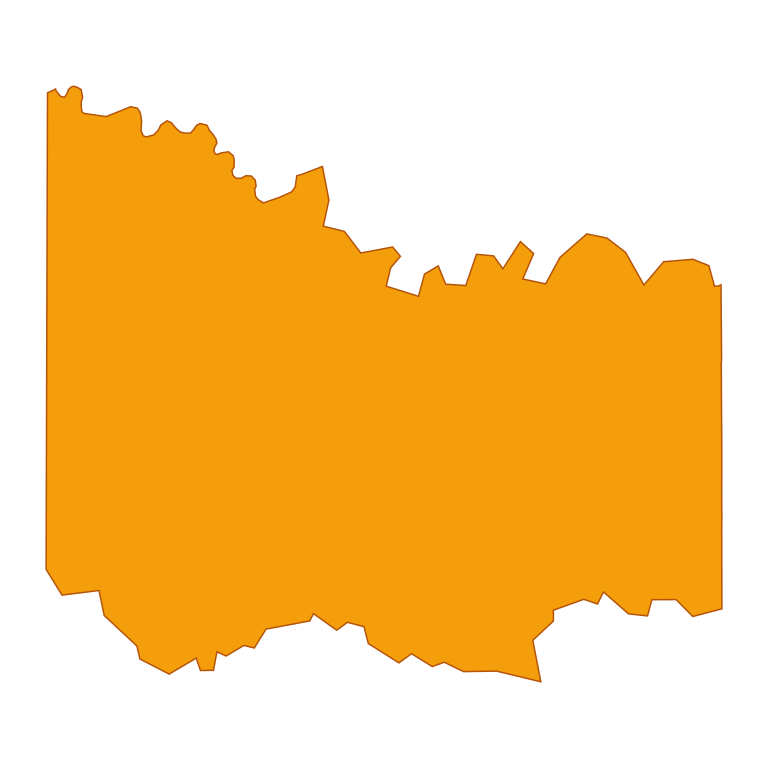 Bowie, Texas, United States of America
{"feature_id": "52423323B35633344294937", "entity_name": "Bowie", "entity_type": "district", "adm_level": 2, "iso_a3": "USA", "parent_name": "United States of America", "parent_adm1": "Texas", "projection": "equal_earth", "projection_center": [-94.429, 33.475], "detail": "fine", "context": "isolated", "style": "filled", "palette": "amber", "viewbox_px": 768, "rotation_deg": 0, "n_neighbors": 0, "source": "geoboundaries", "source_scale": "gbopen_adm2", "svg_char_len": 1985}
<svg xmlns="http://www.w3.org/2000/svg" viewBox="0 0 768 768"><path d="M136.9,646.0L139.9,659.0L169.2,674.1L196.2,658.1L200.5,670.5L213.5,670.3L216.9,651.8L226.1,656.0L243.9,645.4L254.3,648.0L266.0,629.1L309.8,620.9L313.4,613.6L336.7,630.2L347.5,622.3L364.0,626.7L368.3,643.5L398.9,662.9L411.5,653.7L432.3,666.6L444.1,662.2L463.6,671.6L496.5,671.1L540.8,681.8L532.8,640.3L553.4,621.0L553.4,610.2L583.7,599.3L597.5,604.0L603.5,592.0L628.6,613.9L647.5,615.9L651.9,599.7L676.1,599.6L692.8,616.5L721.9,608.8L721.8,567.4L721.8,545.9L721.8,539.9L721.7,531.4L721.9,515.5L721.7,507.2L721.7,496.8L721.8,453.0L721.7,439.2L721.7,433.1L721.4,389.1L721.3,362.8L721.3,362.4L721.6,360.2L721.1,297.4L721.0,285.8L721.0,284.8L718.5,286.0L714.5,286.3L708.9,265.7L693.0,259.3L663.7,261.7L643.9,285.0L625.5,252.3L607.0,238.1L586.8,233.9L560.0,257.4L545.6,283.9L522.8,279.0L533.6,253.6L520.4,241.6L502.9,268.8L493.6,255.9L476.5,254.3L465.8,285.5L445.7,284.2L438.2,265.9L424.5,274.1L418.5,296.3L386.2,286.2L390.6,267.9L400.4,256.3L392.6,247.0L360.8,253.0L344.4,231.4L323.3,226.2L328.9,200.0L322.4,166.5L301.2,174.6L296.8,175.8L295.2,187.1L291.4,192.0L278.8,197.6L263.4,202.9L258.0,199.5L255.5,196.2L254.7,189.1L256.1,186.1L255.2,180.1L251.3,176.0L246.0,175.7L241.2,178.3L236.1,178.3L232.8,175.3L231.9,170.4L234.1,167.2L234.2,160.0L233.3,155.9L228.6,151.8L221.3,152.9L217.3,154.4L215.4,154.0L214.0,151.4L214.3,148.1L216.8,143.2L216.2,139.5L213.4,135.0L209.5,130.5L207.0,125.2L200.2,123.5L196.6,125.3L193.5,129.8L190.4,133.1L184.5,133.1L180.3,132.0L176.4,128.7L171.3,122.7L167.1,120.8L160.9,124.9L158.1,130.5L153.6,135.0L146.3,136.9L143.2,135.8L141.0,130.5L141.6,121.6L141.0,116.4L139.9,111.9L137.4,108.2L130.7,106.7L106.2,116.6L84.1,113.4L81.9,111.8L81.3,107.3L81.3,101.6L82.6,97.2L81.1,89.5L77.4,87.4L73.4,86.2L70.7,87.4L68.5,89.5L67.0,93.5L64.6,97.2L60.6,96.4L56.0,90.7L55.6,89.0L47.5,92.9L46.1,569.4L62.0,595.1L99.0,590.5L104.2,615.5L136.9,646.0Z" fill="#f59e0b" stroke="#b45309" stroke-width="1.5"/></svg>